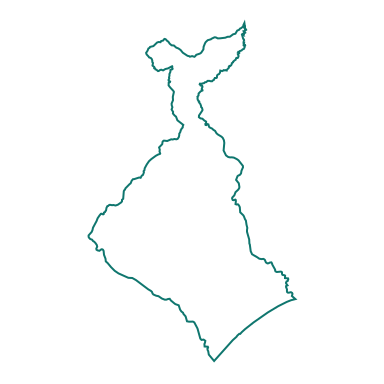 the district of Barique/Natarbora, Manatuto, East Timor
{"feature_id": "22284137B73743119127991", "entity_name": "Barique/Natarbora", "entity_type": "district", "adm_level": 2, "iso_a3": "TLS", "parent_name": "East Timor", "parent_adm1": "Manatuto", "projection": "mercator", "projection_center": [126.054, -8.876], "detail": "fine", "context": "isolated", "style": "outline", "palette": "teal", "viewbox_px": 384, "rotation_deg": 0, "n_neighbors": 0, "source": "geoboundaries", "source_scale": "gbopen_adm2", "svg_char_len": 5899}
<svg xmlns="http://www.w3.org/2000/svg" viewBox="0 0 384 384"><path d="M257.3,257.3L252.1,254.3L250.7,251.2L249.8,244.4L249.4,243.7L249.2,239.5L247.0,231.8L247.0,229.9L247.3,227.9L246.5,224.7L245.9,220.6L245.0,219.2L243.9,216.3L243.3,215.3L240.2,212.3L239.8,207.2L239.0,205.5L237.9,204.3L236.4,204.5L235.5,204.1L235.9,201.1L235.7,199.9L235.3,199.6L233.7,200.2L232.7,200.0L232.1,198.6L232.3,197.5L234.3,195.4L235.5,192.2L238.3,189.6L239.2,188.1L239.4,187.0L238.8,183.3L236.1,179.9L237.5,176.2L238.5,175.4L239.6,175.1L241.0,173.5L241.5,170.7L243.0,167.3L242.9,165.9L238.5,160.3L236.8,159.1L233.8,157.6L231.6,157.3L230.1,157.4L228.2,157.0L226.0,155.4L223.6,150.5L224.3,142.9L223.9,140.2L222.7,137.8L221.4,136.6L217.9,134.5L216.5,133.3L215.1,130.9L213.2,129.7L212.3,128.7L209.6,127.4L209.1,126.9L208.4,124.4L207.6,124.1L206.4,125.1L205.6,125.0L205.3,124.0L206.1,123.2L206.1,121.6L204.3,120.5L202.4,118.7L200.5,118.4L198.9,117.2L199.0,115.5L202.4,110.4L202.5,109.7L202.0,107.9L201.1,107.0L201.1,106.1L200.4,104.1L199.4,102.9L199.3,101.9L198.8,101.9L198.6,101.6L198.7,100.9L197.8,99.9L197.5,98.7L197.7,97.7L197.4,96.8L198.5,95.5L198.6,93.5L200.7,91.3L202.5,90.5L202.5,90.1L201.8,89.5L202.0,89.1L201.8,88.4L202.5,86.9L202.2,85.9L200.6,85.5L200.3,84.8L199.7,84.4L199.9,83.7L202.3,83.7L202.9,83.3L204.1,83.1L204.9,82.3L206.2,82.1L207.6,80.9L209.5,80.9L211.0,81.3L212.2,81.2L212.6,80.5L213.7,80.1L214.8,78.0L216.3,78.0L216.9,77.6L217.0,75.9L217.3,75.1L217.7,74.7L219.1,74.0L220.0,72.6L220.3,70.6L222.2,71.1L223.2,70.5L223.6,70.5L223.9,70.1L225.1,70.4L225.6,70.1L226.7,70.5L226.9,69.8L228.9,67.7L228.8,66.7L229.4,65.9L230.1,66.1L231.2,65.2L231.8,63.8L231.8,63.2L233.1,62.3L233.1,61.7L234.7,60.3L235.6,59.8L236.1,58.3L236.4,57.9L237.6,58.0L238.0,57.7L238.6,56.0L237.9,54.4L239.2,53.2L239.0,52.8L238.2,52.6L238.5,52.3L238.4,51.8L239.6,51.6L239.9,51.0L241.5,50.5L242.7,49.3L243.8,49.0L244.6,47.4L244.6,46.4L245.2,45.6L245.1,45.2L244.0,45.7L243.6,45.4L244.0,43.4L243.6,43.6L243.5,42.6L243.8,40.9L244.1,40.4L243.9,39.4L243.3,39.0L243.1,38.5L242.0,34.7L242.3,34.6L243.3,35.0L242.7,33.8L243.2,33.6L243.4,34.0L244.0,34.0L244.1,33.4L245.2,32.7L244.9,32.3L244.0,31.9L243.6,31.2L244.5,31.0L246.2,29.8L246.1,29.5L245.4,29.6L245.0,29.3L245.0,26.8L244.0,27.3L243.8,26.3L244.0,26.1L244.8,26.1L244.4,23.0L243.4,25.1L243.2,26.4L242.6,26.9L241.2,28.1L240.0,28.6L239.1,29.8L237.2,30.6L235.4,33.7L233.1,34.3L229.9,36.7L227.5,36.8L225.3,37.7L220.2,38.3L217.8,38.4L215.8,37.4L214.5,37.3L211.4,38.8L210.9,39.3L207.7,40.2L205.7,42.1L205.0,43.3L203.6,46.8L203.4,49.4L201.2,52.7L199.9,53.6L196.3,54.8L195.1,56.3L194.4,56.8L192.1,56.1L189.9,56.7L189.2,56.2L187.5,55.8L182.8,52.7L180.6,50.0L178.5,48.5L176.2,47.6L173.9,45.5L171.6,45.3L169.7,43.7L168.3,41.6L167.4,41.1L165.6,39.2L164.6,38.9L164.2,39.1L163.2,40.5L161.1,41.1L160.5,42.2L158.7,42.0L157.1,42.5L153.4,46.1L150.1,46.9L149.5,47.9L148.4,48.5L147.6,50.6L146.1,52.9L146.6,54.4L148.7,56.7L149.1,57.4L150.8,58.0L151.8,59.1L152.3,60.7L152.3,62.0L153.0,63.0L152.5,65.6L154.2,66.9L154.2,68.2L155.0,68.3L155.4,69.4L156.4,69.7L158.0,71.1L158.7,71.0L160.1,70.0L161.2,69.7L163.1,70.4L165.4,69.0L168.0,68.4L171.7,66.4L172.2,66.3L172.3,66.6L172.2,67.9L172.6,68.7L172.4,69.2L170.4,70.0L170.4,71.8L169.4,74.1L169.5,75.3L169.0,77.7L169.3,78.5L168.5,80.0L168.7,80.7L170.1,81.5L169.9,82.2L168.7,82.7L168.6,85.4L170.3,87.6L173.3,90.8L173.9,91.9L172.8,96.9L173.0,100.2L171.6,103.6L171.7,105.2L172.4,107.2L171.6,109.5L173.1,111.9L172.9,113.5L174.7,115.6L176.0,116.6L177.4,120.3L183.3,124.9L182.8,126.1L182.7,127.5L181.5,128.8L181.2,129.7L180.7,130.2L180.4,131.8L179.2,133.9L179.3,135.0L178.8,137.1L177.6,138.9L176.4,139.3L174.4,139.0L172.7,139.5L171.2,139.3L167.2,141.0L163.9,140.6L163.0,141.2L162.6,141.7L162.2,144.2L159.1,147.4L159.8,149.8L159.5,151.3L160.2,153.6L160.0,153.9L158.2,154.5L155.8,155.8L151.3,159.1L149.0,161.2L146.8,164.4L144.7,168.3L144.4,170.3L143.6,171.2L143.9,172.4L143.2,174.3L142.8,175.1L141.8,175.6L140.6,177.8L139.2,177.5L134.2,179.1L133.0,179.2L131.7,180.7L130.6,183.4L129.6,184.1L125.4,188.4L125.0,189.6L124.2,190.3L123.8,191.2L123.2,198.8L122.0,199.8L122.0,201.3L121.3,202.3L117.9,204.7L115.6,205.5L113.3,205.0L112.1,205.2L109.9,204.8L108.9,205.2L108.1,206.0L107.4,206.1L106.5,207.8L106.0,210.6L105.2,211.4L105.0,212.1L103.9,212.6L103.7,214.1L103.1,214.4L101.3,213.7L100.9,213.8L99.5,215.5L97.6,218.3L96.6,221.0L93.0,227.7L92.5,230.0L91.7,231.9L88.6,235.4L88.6,236.9L89.0,237.7L90.2,239.0L92.1,239.7L93.0,241.0L94.2,241.7L95.5,243.1L96.8,245.0L97.2,246.7L96.3,248.6L96.5,249.7L97.6,250.4L99.4,250.8L101.4,249.3L102.5,249.4L103.0,249.8L103.6,250.9L104.0,254.8L105.5,258.7L105.8,261.4L107.7,263.1L111.0,267.1L114.7,270.8L118.5,273.4L128.3,277.8L132.3,278.0L136.0,280.1L148.2,289.3L150.9,290.9L151.9,291.8L152.6,293.6L153.4,294.5L156.1,295.7L158.5,296.2L162.0,298.6L164.9,299.7L166.2,299.7L168.1,299.0L169.7,298.8L170.8,300.4L173.9,303.0L175.3,304.1L178.7,305.3L180.1,309.6L181.4,311.5L183.0,312.7L183.5,314.0L185.6,316.4L187.0,321.3L189.1,321.7L192.9,321.6L194.3,322.4L197.5,328.5L200.3,338.6L201.5,339.9L203.6,339.6L205.3,340.8L205.0,342.7L204.4,344.0L204.6,346.5L207.8,346.7L208.1,347.7L207.4,348.7L207.6,350.0L208.2,351.1L208.8,354.6L214.1,361.0L232.8,340.1L236.5,336.8L237.3,335.6L239.3,333.8L240.2,333.9L241.7,332.2L245.1,329.1L253.6,322.4L267.9,312.4L278.2,306.2L286.8,301.9L291.1,300.2L295.4,299.1L291.9,296.0L292.5,293.9L292.1,292.9L290.9,292.2L288.7,292.7L288.0,292.7L287.2,292.2L286.9,291.0L287.0,289.4L286.0,286.9L286.2,285.9L287.5,285.4L286.1,283.4L286.0,282.7L286.6,281.4L287.6,281.1L288.3,279.2L288.1,278.4L285.0,278.1L285.1,275.6L284.3,275.2L282.5,274.9L282.0,273.9L282.0,272.5L281.7,271.9L280.9,271.6L276.8,272.0L275.5,271.4L275.1,270.4L275.1,269.6L272.2,264.4L272.1,263.6L271.4,262.4L270.0,262.5L268.4,263.3L267.4,263.4L265.9,262.4L264.8,259.8L264.0,259.2L263.4,258.9L261.5,259.1L259.3,258.7L257.3,257.3Z" fill="none" stroke="#0f766e" stroke-width="2"/></svg>